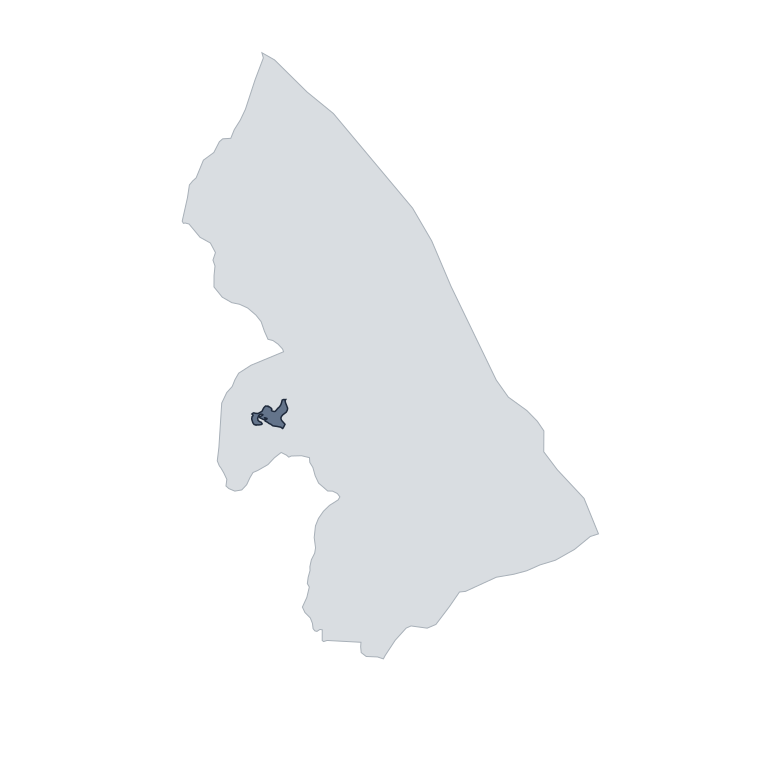 Zoe-Gbao, Nimba, Liberia shown in context, rotated 202°
{"feature_id": "62588387B27641742881305", "entity_name": "Zoe-Gbao", "entity_type": "district", "adm_level": 2, "iso_a3": "LBR", "parent_name": "Liberia", "parent_adm1": "Nimba", "projection": "albers", "projection_center": [-8.687, 6.996], "detail": "fine", "context": "in_parent", "style": "filled", "palette": "slate", "viewbox_px": 768, "rotation_deg": 202, "n_neighbors": 0, "source": "geoboundaries", "source_scale": "gbopen_adm2", "svg_char_len": 3641}
<svg xmlns="http://www.w3.org/2000/svg" viewBox="0 0 768 768"><g transform="rotate(202 384 384)"><path d="M129.0,325.4L135.6,319.9L145.4,302.0L159.0,284.9L171.6,274.7L181.7,264.3L192.3,256.3L207.5,246.9L230.7,222.3L236.1,219.4L239.9,202.3L245.8,180.5L252.5,173.8L268.3,169.8L272.0,166.0L277.6,150.7L281.2,132.8L281.6,128.9L287.8,128.5L298.4,124.7L304.5,126.4L307.2,131.6L308.6,135.9L340.7,124.9L343.5,122.6L345.2,123.0L349.2,133.0L351.5,132.4L353.5,129.5L355.6,129.2L358.1,130.6L360.7,135.3L364.7,139.5L371.7,142.5L376.1,146.6L375.6,157.3L377.2,167.8L380.3,170.2L381.9,176.4L382.7,183.3L384.3,186.9L385.5,193.8L384.9,201.2L386.1,206.5L391.2,215.5L394.4,226.8L394.4,234.8L392.5,243.3L389.1,251.0L383.1,259.4L382.6,262.8L386.2,265.0L391.6,265.4L396.1,263.7L407.5,267.6L413.4,273.1L418.7,280.0L423.4,283.5L425.5,287.8L433.6,286.6L443.0,282.5L444.9,280.5L447.7,281.5L453.7,282.0L458.0,274.5L461.4,265.8L468.7,256.5L472.3,252.9L473.2,246.9L473.6,239.2L476.2,232.5L482.2,228.8L488.7,228.9L492.3,230.2L494.0,236.7L499.3,241.6L503.7,245.0L506.1,246.5L509.8,250.3L513.3,263.3L527.3,305.5L526.6,317.2L523.8,324.8L523.8,332.2L522.8,339.6L514.3,351.6L489.2,376.3L491.2,378.5L497.2,381.3L503.3,382.7L508.3,382.0L514.6,388.1L521.3,395.8L528.5,399.9L538.9,403.4L547.9,403.8L555.6,402.4L566.5,403.9L578.0,410.3L582.2,420.9L584.9,430.1L589.0,434.8L589.5,442.7L597.8,449.7L609.5,451.1L624.7,459.3L628.6,458.8L630.2,457.8L632.1,459.4L636.0,483.1L639.0,495.7L637.4,500.7L635.4,504.8L635.3,523.9L628.5,534.9L627.4,547.0L625.4,550.9L618.1,554.4L618.1,563.7L616.1,574.9L615.4,586.8L617.5,617.9L618.0,641.1L621.3,645.4L606.9,643.5L564.7,625.9L532.2,615.8L423.4,557.8L393.3,534.5L358.5,499.7L281.4,429.7L263.8,418.4L241.6,412.9L227.9,406.9L218.2,400.4L210.5,381.0L191.2,369.4L155.7,352.9L129.0,325.4Z" fill="#d9dde1" stroke="#a8b0b8" stroke-width="1"/><path d="M482.9,320.0L482.8,319.7L483.5,319.7L484.2,319.6L485.6,319.2L486.2,317.8L486.6,316.7L486.8,314.4L486.9,313.0L488.0,311.6L489.7,309.5L492.3,308.6L492.7,308.6L493.6,308.5L494.2,308.3L494.9,307.4L495.2,306.7L494.8,306.6L493.7,306.0L493.7,305.1L494.1,304.1L493.9,303.8L493.8,302.7L493.5,302.0L493.3,301.7L493.0,301.2L492.7,300.9L491.3,299.2L491.1,299.0L490.9,298.8L489.3,297.8L487.6,297.9L487.3,297.9L487.3,298.2L487.2,298.2L484.7,299.2L484.3,299.4L483.3,300.0L482.5,300.5L482.0,301.4L483.4,302.5L484.1,302.5L484.3,302.5L485.1,302.5L485.6,302.6L487.1,303.0L487.8,304.1L488.3,304.8L488.3,305.9L488.4,307.6L487.7,309.1L487.3,309.5L486.7,310.0L485.9,310.2L484.9,310.2L484.8,309.6L485.5,308.7L485.9,308.2L486.9,307.3L487.0,306.6L486.6,306.2L483.8,306.0L482.5,305.9L481.8,306.0L481.3,306.7L481.2,306.8L481.2,307.3L481.9,308.0L481.6,308.1L481.3,308.2L479.6,308.2L479.5,307.4L480.4,306.5L481.0,305.9L480.6,305.5L480.3,305.1L479.0,305.0L477.9,304.9L477.7,304.9L476.4,304.5L475.6,304.3L473.9,304.3L473.0,304.0L472.1,303.8L471.8,303.7L471.3,303.6L469.2,304.1L466.9,304.7L466.7,304.7L465.6,304.9L463.6,305.3L462.6,305.1L461.4,304.7L461.2,304.9L460.9,306.6L460.7,309.2L460.7,309.6L462.9,310.7L464.7,311.6L465.3,311.9L466.1,312.7L466.9,313.9L466.9,314.2L466.9,315.5L466.6,316.6L466.2,317.7L465.7,318.5L464.1,321.2L464.0,321.9L463.9,323.0L463.9,323.4L463.9,323.6L463.9,323.9L464.3,325.5L464.7,325.9L466.1,327.4L466.9,328.3L467.8,329.2L468.4,329.9L469.5,331.5L469.3,332.8L471.5,331.9L472.1,331.2L472.4,330.9L472.2,329.8L472.0,328.1L471.9,326.3L471.9,326.1L472.3,323.9L472.6,323.2L473.4,321.6L474.0,319.7L474.5,318.3L474.5,318.2L474.6,317.9L475.4,317.4L477.1,317.1L477.7,317.0L478.6,317.6L478.5,318.6L479.0,319.0L479.5,319.3L480.6,319.6L481.1,319.7L482.9,320.0Z" fill="#64748b" stroke="#1e293b" stroke-width="1.5"/></g></svg>